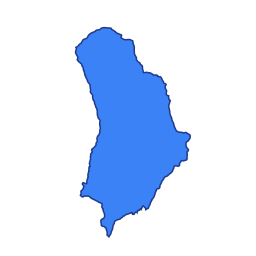 Brusturoasa, Bacau, Romania, rotated 349°
{"feature_id": "2599482B60057151040295", "entity_name": "Brusturoasa", "entity_type": "district", "adm_level": 2, "iso_a3": "ROU", "parent_name": "Romania", "parent_adm1": "Bacau", "projection": "orthographic", "projection_center": [26.192, 46.569], "detail": "fine", "context": "isolated", "style": "filled", "palette": "blue", "viewbox_px": 256, "rotation_deg": 349, "n_neighbors": 0, "source": "geoboundaries", "source_scale": "gbopen_adm2", "svg_char_len": 5775}
<svg xmlns="http://www.w3.org/2000/svg" viewBox="0 0 256 256"><g transform="rotate(349 128 128)"><path d="M130.3,26.7L125.7,25.5L123.9,24.9L122.1,24.8L120.7,25.0L119.2,26.0L115.4,26.0L114.5,26.7L113.8,27.0L110.0,27.8L108.6,28.4L107.8,28.8L106.8,29.6L105.2,31.6L104.8,31.9L104.2,32.2L102.2,32.4L100.9,32.7L100.0,33.6L98.5,35.6L96.3,36.6L94.5,38.1L92.6,38.9L92.2,38.9L92.4,40.1L92.4,40.9L91.1,42.9L90.9,44.3L91.6,46.9L92.2,48.4L92.3,49.2L91.7,50.5L91.3,50.9L91.2,51.4L91.7,52.2L92.0,53.2L93.1,54.4L93.8,55.5L94.4,56.1L94.7,56.6L94.7,58.2L94.9,59.0L95.4,59.5L95.5,60.6L95.3,62.1L95.4,62.7L95.7,63.2L95.7,63.5L95.6,63.9L95.8,64.7L95.8,66.4L95.9,66.9L95.7,67.7L96.4,69.2L96.2,69.4L96.3,70.0L96.5,70.9L97.1,72.7L97.1,73.4L97.4,75.0L97.7,75.9L98.6,77.3L98.8,78.3L98.9,79.8L98.7,80.6L98.6,81.6L98.6,83.2L97.9,85.5L98.4,87.0L99.2,88.0L99.5,89.1L99.4,90.0L99.1,91.2L99.2,92.7L99.1,93.5L99.3,94.1L99.8,94.6L99.8,95.3L100.1,96.4L99.9,97.0L99.9,97.7L100.3,99.2L100.2,99.7L100.4,100.4L100.4,101.4L101.2,103.4L101.0,103.8L101.1,104.2L101.0,106.0L100.8,106.6L100.6,108.3L100.4,109.0L100.7,112.6L101.5,113.9L102.0,115.2L101.7,116.5L101.1,118.0L100.9,119.4L100.8,123.0L99.7,125.4L99.7,126.5L98.9,128.0L98.3,129.0L96.4,130.4L96.2,131.4L95.5,132.2L95.4,132.6L95.5,133.2L95.3,135.0L94.8,135.8L94.1,136.2L93.5,137.7L93.2,138.9L90.8,140.8L88.6,141.8L88.1,142.6L88.0,143.1L88.4,144.3L88.4,144.7L88.3,144.9L87.8,145.2L87.5,145.7L86.8,146.0L86.1,147.3L86.1,148.4L85.5,149.2L85.5,149.5L85.4,151.2L85.1,151.8L84.8,152.1L84.2,153.7L83.6,154.6L83.5,155.1L83.3,155.6L83.4,157.5L83.5,157.9L83.4,158.4L83.0,158.9L82.5,158.7L82.2,159.4L81.8,160.4L82.0,161.2L81.8,161.8L81.4,162.1L81.1,163.2L80.6,164.4L80.3,164.8L80.1,165.4L79.9,165.6L79.9,166.2L79.6,166.7L79.7,167.4L79.7,167.7L79.4,168.0L79.5,168.5L77.9,171.2L77.2,173.2L77.0,174.4L76.8,174.7L76.2,174.7L75.2,174.2L73.5,173.0L72.6,173.9L72.5,174.6L73.4,176.3L73.5,177.1L73.1,177.9L72.8,178.1L72.9,178.4L72.2,179.2L71.6,179.8L70.6,180.4L69.7,181.1L69.6,183.1L69.4,183.6L69.0,184.0L68.4,185.1L69.9,186.9L71.0,187.0L71.3,186.7L72.6,186.5L76.4,187.4L77.0,187.9L78.2,189.6L78.7,189.9L79.4,190.8L80.1,191.0L81.0,191.9L81.8,192.4L82.2,192.6L82.7,193.3L83.6,193.7L85.2,195.4L86.4,196.0L88.0,197.2L87.8,198.7L87.4,199.9L87.3,200.9L87.7,202.1L87.7,202.7L88.2,202.9L88.0,203.6L87.9,205.1L88.4,206.8L88.4,209.3L88.3,210.2L87.6,211.3L87.0,211.9L86.7,212.1L84.9,212.6L84.1,213.1L83.7,213.7L83.5,214.6L83.5,217.1L83.2,218.3L83.4,218.8L84.1,219.4L84.9,219.9L85.5,220.0L86.1,220.4L86.4,220.8L86.6,221.4L86.9,221.4L87.0,221.8L87.3,222.0L87.3,222.3L87.2,222.8L87.4,223.2L87.4,224.7L87.7,225.2L87.7,226.0L87.5,226.7L87.6,227.4L87.1,228.7L87.1,229.5L88.1,230.3L88.5,231.2L89.0,230.5L90.7,228.9L92.3,225.9L93.4,224.5L94.2,222.5L94.5,221.2L96.2,219.2L96.7,217.8L97.5,216.8L100.8,215.9L102.5,216.0L103.0,215.8L103.2,215.4L105.6,214.5L106.0,214.1L106.2,213.6L107.7,213.6L109.1,212.7L110.7,212.4L111.4,212.5L112.9,212.1L113.7,212.1L115.2,211.7L116.0,211.9L116.2,212.6L115.8,213.0L115.9,213.4L116.5,213.8L117.5,213.9L118.0,213.1L118.7,212.5L119.8,212.0L120.7,212.3L120.8,212.7L121.6,211.2L121.8,211.4L122.4,210.9L122.9,210.7L123.5,210.9L124.7,209.8L125.3,210.6L127.2,207.9L128.0,207.3L129.4,209.2L129.8,210.0L129.9,211.6L131.0,211.0L131.5,210.8L132.3,210.8L132.7,210.4L133.3,209.6L133.8,208.5L134.3,208.2L135.3,206.8L136.1,205.0L136.3,205.0L136.6,204.8L137.1,204.0L137.2,203.6L137.8,203.3L137.8,203.2L137.8,202.7L138.9,202.1L140.5,200.3L141.7,198.4L142.4,196.5L143.0,196.1L143.1,195.9L143.1,195.4L143.9,194.8L144.0,194.0L144.4,193.6L144.9,193.3L145.3,193.2L146.2,193.5L147.2,193.1L147.3,192.7L147.9,192.5L148.0,191.6L148.2,191.1L148.5,190.4L149.0,189.8L149.1,189.4L149.6,189.2L149.9,188.7L150.4,188.1L150.5,187.7L151.3,186.7L153.5,184.6L153.8,183.8L155.4,182.9L157.5,182.6L158.0,182.3L158.4,181.8L158.9,181.8L160.0,181.0L160.9,180.7L163.3,179.1L163.6,178.6L163.7,178.0L164.0,177.8L164.0,177.5L165.3,176.2L165.6,175.1L166.1,174.4L166.7,174.2L167.6,174.2L169.8,175.0L170.5,175.1L171.0,174.9L171.7,174.0L171.7,172.9L172.0,172.4L172.7,171.9L174.4,170.2L175.2,170.4L176.4,170.9L178.0,170.6L178.7,170.7L179.8,170.1L180.1,169.6L180.5,167.2L181.0,166.0L181.2,164.9L181.1,163.0L182.0,162.5L182.5,162.1L183.2,161.1L182.5,159.2L181.9,158.5L181.7,157.8L181.5,156.6L181.8,155.5L182.1,153.7L182.6,153.1L183.5,152.6L184.8,152.1L185.6,151.1L186.9,150.0L187.5,147.9L187.6,147.4L187.2,146.3L184.7,144.1L184.3,143.6L183.8,143.4L181.6,143.5L180.8,142.9L179.5,142.5L179.1,142.2L177.8,142.0L176.0,141.0L175.1,140.1L174.8,139.6L173.8,135.5L173.7,134.5L173.6,132.3L172.7,128.5L172.7,126.0L172.2,124.5L171.9,122.4L171.9,121.3L172.2,119.2L172.1,116.3L172.0,115.2L172.3,114.2L172.4,113.2L172.6,112.7L173.2,112.2L173.6,111.2L174.8,109.1L174.0,108.4L173.6,107.2L173.9,106.5L173.6,105.7L174.1,104.2L173.0,103.6L172.1,102.6L172.0,102.2L172.3,100.7L172.5,100.2L172.8,99.7L173.0,98.9L172.9,98.3L172.3,96.5L172.2,94.9L172.6,93.8L173.0,93.6L173.7,92.6L173.7,92.4L173.0,91.6L172.4,91.3L171.6,90.5L171.5,90.1L171.6,89.5L171.5,89.1L170.8,87.3L170.5,85.8L170.3,85.1L169.8,84.2L169.5,83.9L168.4,83.7L167.7,83.2L167.1,83.1L167.3,82.6L166.7,81.8L165.5,81.2L163.6,81.2L163.2,80.9L162.6,80.1L162.0,79.5L161.1,78.9L160.7,78.3L159.2,77.8L158.7,77.8L157.8,77.2L157.0,76.9L154.1,76.7L153.7,76.4L153.6,71.7L153.9,70.9L153.8,69.5L153.3,68.9L152.5,68.2L152.2,66.7L151.6,65.9L150.4,65.0L149.9,63.6L149.3,62.7L149.3,62.1L149.6,61.3L149.7,60.6L149.4,59.9L149.3,59.0L148.7,57.9L148.5,55.5L148.7,55.0L149.0,52.3L149.6,50.2L149.6,48.5L149.3,47.2L149.2,46.4L149.3,43.4L148.1,42.6L147.3,41.8L145.8,41.3L141.9,40.8L140.4,39.9L139.6,39.2L138.5,38.1L138.4,37.7L139.4,36.0L139.4,35.5L134.7,32.3L134.3,31.8L134.0,31.0L133.3,30.6L132.7,29.7L132.1,29.1L131.3,28.7L130.9,28.2L130.3,26.7Z" fill="#3b82f6" stroke="#1e3a8a" stroke-width="1.5"/></g></svg>